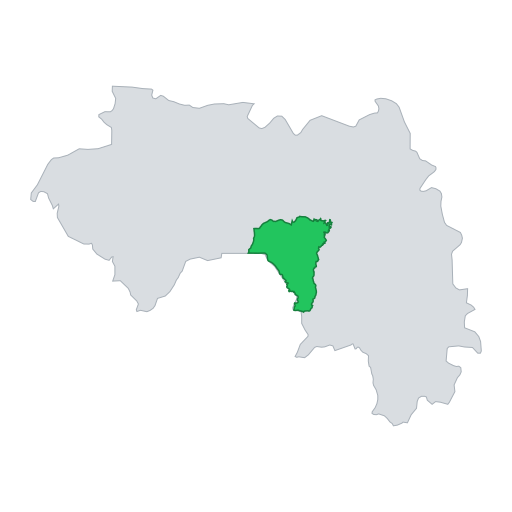 Faranah, Faranah, Guinea (highlighted)
{"feature_id": "49546643B80456504828542", "entity_name": "Faranah", "entity_type": "district", "adm_level": 2, "iso_a3": "GIN", "parent_name": "Guinea", "parent_adm1": "Faranah", "projection": "orthographic", "projection_center": [-10.65, 9.821], "detail": "fine", "context": "in_parent", "style": "filled", "palette": "green", "viewbox_px": 512, "rotation_deg": 0, "n_neighbors": 0, "source": "geoboundaries", "source_scale": "gbopen_adm2", "svg_char_len": 9001}
<svg xmlns="http://www.w3.org/2000/svg" viewBox="0 0 512 512"><path d="M321.5,347.2L316.8,346.5L314.6,347.4L308.4,354.8L304.6,357.7L298.8,356.8L296.7,357.3L295.1,356.5L297.3,352.4L300.3,344.4L308.0,336.3L308.1,334.6L305.0,329.9L301.7,323.4L301.7,316.5L301.0,311.5L294.2,310.1L293.0,309.3L292.8,307.6L296.6,299.0L296.9,297.2L296.5,295.7L292.3,291.3L285.8,283.1L274.6,266.4L270.5,262.8L266.5,257.7L265.0,254.5L260.8,253.3L221.8,253.4L221.1,257.8L207.6,260.6L199.4,257.2L190.2,259.1L185.7,261.4L182.2,271.1L180.2,273.2L178.2,277.6L176.4,280.0L174.3,284.8L169.9,291.6L165.3,296.0L157.5,298.4L155.0,305.6L153.1,308.3L150.1,310.4L146.9,311.7L140.5,310.3L136.9,311.5L136.3,309.7L138.4,304.0L136.8,301.0L130.7,295.0L130.1,292.1L128.3,288.4L120.3,280.7L112.7,281.1L114.9,274.7L114.9,266.2L112.4,261.5L113.1,256.7L111.7,257.0L109.1,260.3L105.1,259.2L96.9,254.1L92.8,249.1L92.4,244.9L91.5,243.3L89.0,244.1L83.8,244.0L68.3,236.4L57.4,217.5L57.2,213.3L58.9,206.1L58.5,204.1L53.3,208.8L52.4,205.6L48.6,198.0L47.5,193.7L43.8,191.7L40.8,191.4L38.5,192.8L35.3,201.5L33.1,201.4L30.7,199.5L31.3,193.0L37.4,184.8L47.8,164.3L51.4,159.6L53.7,158.0L58.4,157.8L67.7,155.2L79.2,148.8L87.9,149.4L98.1,148.7L111.6,144.4L111.8,130.5L111.4,127.5L106.7,124.6L104.0,122.2L101.6,119.1L98.8,116.9L98.9,114.6L104.9,111.7L110.3,111.8L112.1,110.6L113.5,108.7L115.1,103.7L115.7,98.4L112.2,91.3L112.4,86.2L132.0,87.1L142.8,88.6L151.5,89.1L152.9,90.2L151.7,95.1L152.8,98.0L155.8,98.8L160.7,95.4L163.3,96.2L168.7,100.5L173.8,101.7L179.4,104.0L184.7,105.3L189.3,105.1L192.8,107.5L199.4,108.3L207.8,105.3L214.5,104.0L223.8,103.7L228.7,104.8L242.9,102.4L254.1,103.8L252.4,105.4L247.2,116.5L247.8,118.5L259.1,127.9L261.8,128.6L265.0,127.3L269.8,123.0L273.7,118.3L277.4,116.0L281.8,116.2L285.2,119.5L293.3,133.4L295.3,135.2L297.3,135.2L300.8,132.6L302.6,129.5L310.1,120.3L321.7,115.7L349.3,126.2L353.4,127.0L355.8,126.2L359.2,119.9L369.6,114.6L374.5,113.1L377.4,112.9L378.4,111.2L378.9,108.7L378.4,106.0L375.1,101.3L375.0,99.9L376.9,99.0L380.8,98.3L385.9,98.8L391.7,100.8L396.4,103.7L399.1,107.2L404.4,121.9L410.2,133.4L410.1,148.9L412.7,150.4L415.5,151.1L416.9,152.3L419.7,158.7L422.4,160.5L425.6,160.9L431.6,165.0L435.5,166.6L436.0,167.8L435.9,169.5L434.4,171.6L428.7,175.9L425.8,179.6L420.0,188.4L419.8,190.1L421.1,191.2L423.5,191.4L426.1,190.8L431.5,187.6L435.8,188.7L439.9,191.1L441.4,193.6L441.9,197.0L441.0,201.3L440.8,206.1L442.3,214.2L444.5,222.4L446.6,225.4L460.4,232.5L461.7,235.2L462.4,238.2L461.5,242.4L460.1,244.7L452.6,251.2L451.5,254.2L452.1,259.9L452.8,283.9L455.8,287.9L459.4,289.9L467.6,288.7L467.4,295.4L466.4,302.8L471.2,305.1L473.7,307.3L475.0,309.4L467.5,313.5L465.3,315.8L464.3,322.0L464.6,327.8L474.8,331.8L478.8,336.6L480.6,341.6L481.3,351.0L480.4,353.2L477.8,353.2L472.5,347.5L464.6,347.0L458.7,345.9L448.8,346.8L447.2,348.5L446.1,361.0L448.5,363.1L453.2,365.5L456.3,366.5L458.8,366.2L460.8,367.7L461.2,371.8L459.9,374.8L457.4,377.7L454.1,384.9L454.9,391.6L449.4,402.2L447.8,404.3L440.4,402.2L435.6,401.6L432.1,404.3L427.3,400.2L426.4,397.0L424.7,396.3L421.4,396.3L418.5,398.1L417.2,401.5L416.5,408.3L411.2,414.7L407.4,422.8L403.0,422.1L402.0,423.1L397.4,425.1L393.4,425.8L392.3,423.6L389.9,421.9L387.3,418.5L384.4,415.8L378.7,413.9L376.4,414.7L373.8,414.5L372.0,413.4L372.2,411.8L375.2,407.6L376.9,403.7L377.8,399.5L377.8,395.5L376.2,389.9L373.6,385.4L373.0,382.9L373.3,379.2L372.7,375.7L371.8,373.9L370.6,367.4L369.1,366.2L368.3,361.1L368.5,355.7L366.3,353.7L362.8,352.2L360.8,350.1L359.5,347.8L358.3,347.1L357.2,347.3L356.3,348.7L355.1,349.0L353.1,344.0L352.3,343.9L350.9,345.0L334.9,350.6L332.9,345.9L329.8,345.0L324.6,346.9L321.5,347.2Z" fill="#d9dde1" stroke="#a8b0b8" stroke-width="1"/><path d="M253.9,228.6L254.1,229.8L254.1,230.3L254.2,231.3L254.4,232.3L254.5,234.1L254.6,235.3L254.3,237.0L253.6,238.2L253.8,240.0L253.4,241.8L253.0,242.8L252.5,244.2L251.2,246.1L250.8,247.9L248.8,249.6L248.8,251.4L248.9,251.8L248.7,252.1L248.5,252.5L248.4,252.9L248.3,253.1L250.2,253.1L258.0,253.2L258.3,253.2L260.5,253.1L260.9,253.1L262.2,253.1L264.9,253.1L265.6,253.6L266.8,254.6L267.1,255.2L267.2,255.7L267.3,256.5L267.5,258.5L267.7,259.9L268.0,260.3L268.1,260.6L268.8,261.2L271.6,262.5L273.3,263.8L274.5,265.0L275.2,265.7L276.0,266.8L276.8,268.0L277.3,268.6L277.5,268.9L278.5,270.2L278.8,270.6L278.9,270.9L279.1,271.4L279.3,271.7L279.3,271.9L279.5,273.4L279.6,273.6L279.8,274.0L280.3,274.3L280.8,274.4L281.6,274.4L282.0,274.6L282.3,274.8L282.3,275.1L282.4,275.4L282.7,275.9L282.9,277.0L282.9,277.7L283.0,277.8L283.1,278.0L283.4,278.3L283.7,278.3L283.9,278.3L285.0,279.6L286.1,280.5L286.1,280.8L285.5,281.5L285.2,281.8L286.1,282.5L286.3,282.6L287.9,282.9L288.1,283.0L288.1,283.3L287.9,283.7L287.0,284.1L286.8,284.4L286.8,284.7L287.3,285.6L287.3,286.0L286.8,286.5L286.8,287.0L287.1,287.6L287.6,288.0L288.1,288.2L288.8,288.8L289.4,289.1L289.6,289.5L289.5,289.9L289.0,290.3L288.7,290.9L288.9,291.2L289.2,291.6L289.5,291.6L289.8,290.9L290.4,291.0L290.8,291.3L291.0,291.4L291.6,291.5L292.2,291.2L292.9,291.3L293.4,291.9L293.5,292.0L293.6,291.9L294.0,291.6L294.4,292.1L295.2,293.6L295.3,294.2L295.2,294.4L295.4,294.7L296.5,295.1L297.8,296.0L298.1,296.5L298.2,297.2L297.9,298.2L297.7,298.7L297.4,299.7L297.4,300.2L297.5,300.3L297.4,300.2L297.4,300.3L298.1,301.1L298.1,301.6L298.1,302.2L297.9,302.4L297.8,302.6L297.2,302.9L296.9,302.9L296.7,303.0L296.2,303.2L295.5,303.3L295.4,303.3L295.2,303.0L295.1,302.9L294.8,302.9L294.7,303.1L294.4,303.8L294.5,304.0L295.0,305.1L295.0,306.3L294.3,307.1L294.3,308.0L294.0,309.5L293.9,309.8L293.8,310.0L294.0,310.3L295.4,310.5L296.1,310.4L297.4,310.2L297.7,310.2L298.3,310.2L300.0,310.9L300.6,311.0L300.7,310.9L300.8,310.9L301.0,311.0L301.6,311.3L302.0,311.6L302.5,311.4L303.1,311.7L303.4,312.0L303.6,312.1L303.7,311.8L304.3,311.2L304.9,311.1L305.5,311.0L306.5,310.9L308.2,310.8L308.8,311.1L309.6,310.9L310.2,310.2L310.6,309.3L311.0,308.4L311.3,308.2L311.9,307.9L312.1,307.5L312.0,306.9L312.6,305.5L311.6,305.1L311.5,304.4L311.7,304.1L311.6,303.7L312.2,302.8L312.6,302.5L312.9,302.0L313.2,301.0L313.0,299.8L312.9,299.2L313.5,298.9L314.3,298.4L314.7,298.1L314.9,297.3L314.8,296.7L315.0,296.4L315.6,295.6L315.9,294.7L316.1,293.4L316.4,292.2L316.3,291.2L316.2,290.5L316.0,289.6L315.8,288.6L315.4,287.3L315.6,286.5L315.8,286.0L315.8,285.3L315.3,284.4L314.6,283.9L313.9,283.2L313.8,282.5L313.6,281.7L313.3,281.0L313.1,280.3L313.0,279.0L312.5,278.3L312.7,277.2L313.5,276.3L313.9,275.5L314.0,274.6L314.0,273.4L314.0,272.6L314.1,272.0L313.7,271.8L313.5,270.4L313.4,269.6L314.0,268.2L314.7,268.0L315.0,267.1L316.3,266.6L316.2,265.2L315.8,264.4L315.9,263.2L315.9,262.3L316.0,262.1L316.2,261.5L316.6,261.6L317.3,261.5L317.9,260.9L317.8,260.4L318.2,260.2L318.7,259.6L318.3,258.6L318.1,257.6L317.7,256.4L317.5,255.4L317.1,254.6L316.7,253.9L316.7,253.5L316.6,253.0L317.1,252.2L317.3,251.8L318.7,250.4L319.1,249.5L318.5,248.2L318.8,247.5L318.9,246.8L320.0,247.2L320.8,246.6L321.2,246.2L321.5,245.4L322.4,245.3L323.2,244.4L322.8,243.9L323.1,243.5L323.9,243.4L324.7,243.3L324.2,242.2L325.2,242.0L325.8,241.1L326.3,240.3L325.5,239.0L324.7,238.0L324.2,237.2L324.8,235.3L324.9,234.9L324.3,235.2L324.2,234.9L324.9,234.2L324.8,233.3L324.4,233.1L323.9,232.7L324.0,232.1L325.1,232.1L326.7,232.9L327.7,232.8L328.5,231.9L328.3,231.2L329.1,231.1L329.3,230.4L328.8,229.8L329.4,228.8L329.3,227.8L329.7,228.2L330.4,228.1L331.0,227.3L330.8,226.8L330.8,226.7L329.7,226.9L329.5,226.1L329.3,225.6L329.2,225.0L329.5,224.4L330.1,224.3L330.6,224.5L331.1,224.9L331.5,224.8L331.5,224.1L331.4,223.2L331.6,223.0L331.9,222.5L331.0,222.3L330.1,222.1L330.5,221.6L330.6,221.2L330.4,220.7L330.2,220.4L330.2,219.8L329.8,219.7L329.7,220.2L329.6,221.2L329.3,222.3L328.4,223.1L327.9,222.8L327.7,222.8L327.6,223.7L327.2,224.0L326.7,224.4L327.2,225.3L326.8,225.4L326.3,224.3L325.6,223.0L324.8,222.7L324.2,223.0L324.5,222.0L324.4,221.4L325.2,221.1L325.6,220.5L325.1,220.3L324.1,220.8L323.2,220.9L321.7,220.7L320.8,220.4L320.8,219.9L320.8,218.9L320.6,218.6L320.2,219.2L319.7,219.6L319.0,220.1L318.4,220.3L318.2,220.8L318.0,221.4L317.6,221.4L317.0,221.3L317.1,220.9L317.1,220.1L316.4,219.7L315.6,219.6L315.1,220.3L314.7,219.7L314.1,219.1L314.0,219.4L313.7,220.3L313.3,221.3L313.1,221.3L312.8,221.2L312.3,221.1L311.9,220.7L311.5,220.5L311.1,220.4L310.7,220.2L310.1,220.1L310.1,219.8L307.8,218.0L305.2,216.8L303.8,216.8L301.5,216.7L299.7,216.4L299.4,216.9L297.0,217.7L296.3,219.3L295.3,221.1L294.7,221.4L294.2,222.1L293.5,222.2L292.7,222.0L292.2,220.8L291.7,223.1L291.2,224.9L289.2,223.6L287.5,223.1L285.9,222.7L284.5,222.1L282.8,220.4L282.5,220.1L280.5,219.7L278.7,220.2L275.6,221.5L274.6,221.3L273.4,221.4L272.7,220.8L271.9,220.1L270.2,219.6L270.0,219.8L269.1,220.2L268.5,220.8L268.3,221.0L268.2,221.1L267.9,221.2L267.6,221.4L267.1,221.7L266.8,222.0L266.7,222.1L265.9,222.3L264.7,222.9L263.6,223.3L262.7,224.1L261.8,225.0L261.2,226.0L260.6,226.7L260.1,227.2L259.9,227.8L259.5,228.3L259.3,228.4L258.9,228.5L258.4,228.5L257.9,228.6L257.0,228.5L256.3,228.5L255.7,228.5L254.8,228.5L253.9,228.6Z" fill="#22c55e" stroke="#15803d" stroke-width="1.5"/></svg>